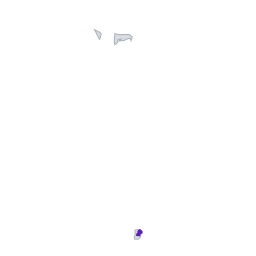 Hihifo, Vava'u, Tonga shown in context, rotated 151°
{"feature_id": "48082658B37822051650309", "entity_name": "Hihifo", "entity_type": "district", "adm_level": 2, "iso_a3": "TON", "parent_name": "Tonga", "parent_adm1": "Vava'u", "projection": "mercator", "projection_center": [-174.028, -18.638], "detail": "fine", "context": "in_parent", "style": "filled", "palette": "violet", "viewbox_px": 256, "rotation_deg": 151, "n_neighbors": 0, "source": "geoboundaries", "source_scale": "gbopen_adm2", "svg_char_len": 2244}
<svg xmlns="http://www.w3.org/2000/svg" viewBox="0 0 256 256"><g transform="rotate(151 128 128)"><path d="M93.4,210.1L94.3,210.1L95.4,208.0L99.0,207.2L98.6,209.5L93.8,216.9L90.7,214.0L81.8,209.3L80.1,205.7L83.0,202.9L82.7,205.1L84.2,206.1L89.2,206.5L93.7,208.5L90.9,209.1L93.4,210.1ZM173.8,31.0L171.3,35.2L170.1,35.1L167.2,32.7L166.1,31.0L170.6,26.2L172.9,25.8L175.9,27.4L175.8,28.8L173.8,31.0ZM110.0,219.5L109.6,230.2L106.3,225.3L106.0,223.0L109.3,219.7L110.0,219.5Z" fill="#d9dde1" stroke="#a8b0b8" stroke-width="1"/><path d="M170.2,28.4L170.2,28.5L169.9,28.7L169.7,28.8L169.6,29.0L169.5,29.3L169.4,29.3L169.4,29.5L169.2,29.6L169.0,29.8L168.9,29.9L168.9,30.0L168.6,30.1L168.4,30.0L168.3,29.9L168.2,29.9L168.2,29.7L167.9,29.7L167.8,29.8L167.7,29.7L167.4,29.6L167.2,29.7L166.8,29.8L166.7,29.7L166.6,29.8L166.4,30.0L166.3,30.3L166.2,30.4L166.2,30.6L166.2,30.8L166.3,30.8L166.4,31.0L166.5,31.1L166.5,31.4L166.4,31.4L166.3,31.5L166.5,31.7L166.8,31.7L166.9,31.8L167.0,31.8L167.0,32.0L166.9,32.2L166.9,32.3L167.0,32.4L166.9,32.4L166.9,32.5L166.9,32.8L167.0,32.9L167.0,33.1L167.1,33.3L167.3,33.2L168.1,33.2L168.4,33.1L168.5,33.0L168.6,32.9L168.8,32.7L169.0,32.4L169.3,32.2L169.5,32.2L169.4,32.0L169.4,31.9L169.5,31.7L169.4,31.7L169.4,31.8L169.3,32.0L169.2,32.0L168.9,32.0L168.9,31.9L169.0,31.9L169.0,31.7L168.9,31.6L169.0,31.4L169.0,31.2L168.9,31.1L169.0,31.0L169.1,30.9L169.3,30.8L169.5,30.8L169.6,30.7L169.8,30.6L170.0,30.6L170.2,30.8L170.3,30.9L170.3,31.0L170.2,31.0L170.3,31.1L170.5,31.1L170.7,30.8L170.8,30.8L170.9,30.6L171.0,30.6L171.0,30.9L170.9,30.9L170.9,31.0L171.0,31.1L171.4,30.9L171.5,30.8L171.6,30.7L171.8,30.5L171.9,30.4L172.0,30.3L172.2,30.2L172.2,29.9L172.3,29.8L172.2,29.7L171.9,29.5L171.7,29.4L171.3,29.3L171.1,29.3L170.8,29.5L170.7,29.7L170.5,29.8L170.4,29.7L170.5,29.4L170.6,29.2L170.8,29.0L170.9,28.9L171.0,28.9L170.7,28.8L170.7,28.7L170.4,28.4L170.2,28.4ZM167.4,31.6L167.3,31.4L167.2,31.3L167.2,31.2L167.3,31.1L167.5,30.9L167.8,30.9L168.0,30.9L168.2,31.0L168.4,31.1L168.3,31.3L168.2,31.5L168.1,31.8L168.3,32.0L168.5,32.1L168.8,32.2L168.8,32.3L168.7,32.4L168.6,32.5L168.4,32.4L168.3,32.2L168.2,32.1L167.9,32.1L167.7,32.0L167.7,31.9L167.5,31.7L167.4,31.7L167.4,31.6Z" fill="#8b5cf6" stroke="#5b21b6" stroke-width="1.5"/></g></svg>